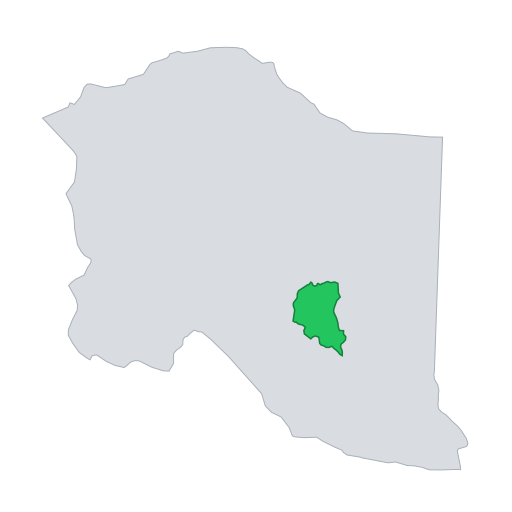 where Mubende sits in Uganda, rotated 272°
{"feature_id": "UGA-3093", "entity_name": "Mubende", "entity_type": "District", "adm_level": 1, "iso_a3": "UGA", "parent_name": "Uganda", "parent_adm1": "", "projection": "orthographic", "projection_center": [31.514, 0.518], "detail": "fine", "context": "in_parent", "style": "filled", "palette": "green", "viewbox_px": 512, "rotation_deg": 272, "n_neighbors": 0, "source": "natural_earth", "source_scale": "10m", "svg_char_len": 3242}
<svg xmlns="http://www.w3.org/2000/svg" viewBox="0 0 512 512"><g transform="rotate(272 256 256)"><path d="M381.3,438.3L373.0,438.3L359.3,438.3L345.7,438.3L332.1,438.3L318.5,438.3L304.8,438.3L291.2,438.3L277.6,438.3L263.9,438.3L250.3,438.3L236.7,438.3L223.0,438.3L209.4,438.3L195.7,438.3L182.1,438.3L168.5,438.3L154.8,438.3L146.8,438.3L145.2,438.1L144.1,437.8L138.9,438.7L133.6,442.1L127.9,443.5L121.9,442.9L121.1,443.3L118.0,443.2L113.6,443.0L109.6,443.9L106.6,446.8L103.5,451.9L97.9,457.6L93.5,462.8L89.8,466.4L81.3,472.4L76.7,474.2L74.3,473.9L72.9,472.8L70.3,465.1L68.6,463.9L52.1,467.8L49.6,467.9L49.8,465.5L48.6,447.4L48.4,436.4L50.6,429.5L51.8,421.5L51.9,414.5L55.0,402.5L53.9,395.3L57.8,370.1L58.8,366.0L60.3,353.9L62.8,350.1L64.9,348.7L67.8,341.2L73.2,329.3L77.0,323.1L76.1,309.7L76.7,300.6L77.6,298.6L85.6,295.2L96.0,286.7L100.4,276.8L106.6,270.5L118.6,266.4L154.3,232.3L170.9,214.0L178.1,204.6L178.3,201.2L179.7,196.8L176.8,193.3L173.4,190.2L172.2,187.3L169.3,185.9L165.0,185.9L162.2,183.8L159.0,179.7L155.8,177.1L145.7,177.3L137.9,173.1L138.0,167.4L141.1,156.0L147.0,143.1L147.3,139.5L146.5,136.4L145.1,133.8L142.4,131.2L139.9,128.1L141.8,118.8L145.6,109.7L148.6,105.1L151.6,100.0L150.7,95.8L146.4,93.7L148.7,89.6L153.4,82.8L162.4,75.8L170.4,71.1L175.8,71.1L186.1,74.8L195.5,79.2L200.7,79.4L206.9,77.6L219.9,69.8L223.0,72.3L226.8,77.0L230.9,84.8L239.0,88.3L242.9,90.8L245.7,91.5L247.3,90.9L250.4,84.8L254.1,81.4L261.0,77.2L276.3,73.9L287.1,72.9L291.7,72.1L299.5,70.2L311.6,63.9L323.7,72.0L336.7,73.5L349.3,73.5L353.1,71.0L355.3,69.1L368.6,55.8L386.4,37.8L398.4,63.2L402.5,64.7L402.0,66.9L401.0,69.0L408.8,75.1L418.4,78.3L421.9,81.4L422.2,84.8L419.0,99.7L419.6,103.9L422.8,118.8L428.5,122.1L433.6,137.1L443.9,143.4L445.4,145.2L447.8,152.5L450.9,160.4L453.4,162.3L454.9,162.7L457.9,171.2L456.2,175.9L458.6,190.3L462.5,203.2L463.5,218.5L463.6,225.3L463.5,229.4L462.6,235.3L460.8,238.7L457.5,242.0L453.9,247.1L450.7,252.7L448.7,255.4L450.3,263.7L449.9,265.9L449.1,267.0L444.4,268.2L438.5,270.4L434.9,272.7L429.8,276.9L425.7,281.4L420.2,294.9L411.2,305.3L409.7,308.7L401.1,315.0L397.3,322.6L394.9,332.1L391.6,338.8L384.4,348.1L382.8,362.7L383.0,391.9L381.1,425.2L381.3,438.3Z" fill="#d9dde1" stroke="#a8b0b8" stroke-width="1"/><path d="M186.6,307.8L188.7,304.8L189.5,300.7L190.3,299.6L191.3,298.7L191.2,297.2L192.3,295.3L203.4,296.6L207.7,295.0L210.4,295.0L215.6,298.6L219.8,298.6L222.8,299.8L229.1,308.7L229.2,309.7L229.9,310.5L230.9,311.1L231.8,311.7L230.9,313.0L229.0,313.7L227.9,315.7L228.6,317.8L229.7,318.0L230.6,318.4L230.7,319.2L230.3,319.9L229.7,320.5L229.5,321.3L230.7,322.8L231.0,324.5L232.3,326.6L233.0,328.8L232.3,330.2L232.0,332.0L232.8,335.5L231.5,338.8L221.7,339.7L218.0,341.6L214.2,338.3L209.0,336.6L206.1,335.7L202.8,335.5L197.0,338.5L192.2,340.1L187.4,340.9L184.5,342.0L184.4,346.1L180.9,346.2L178.6,348.5L175.4,348.4L172.9,346.5L170.8,344.0L167.8,343.7L164.9,345.2L162.2,345.7L159.4,345.6L160.7,343.2L162.9,341.4L164.9,339.2L166.5,336.9L167.6,336.0L168.4,335.0L167.9,333.7L167.2,332.3L167.1,329.4L168.6,326.8L169.3,324.2L170.9,322.7L176.3,321.8L177.4,321.2L177.4,320.3L177.9,319.2L178.1,318.0L177.1,315.6L175.1,313.7L179.8,307.1L183.1,306.4L186.6,307.8Z" fill="#22c55e" stroke="#15803d" stroke-width="1.5"/></g></svg>